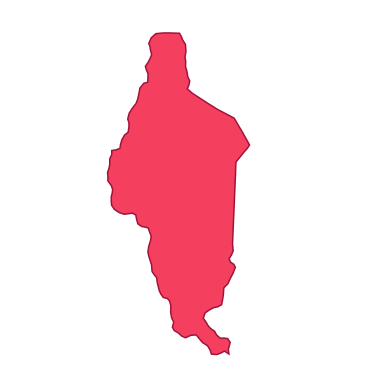 outline of Varzedo, Bahia, Brazil, rotated 26°
{"feature_id": "56859067B79843241756846", "entity_name": "Varzedo", "entity_type": "district", "adm_level": 2, "iso_a3": "BRA", "parent_name": "Brazil", "parent_adm1": "Bahia", "projection": "natural_earth1", "projection_center": [-39.391, -12.955], "detail": "fine", "context": "isolated", "style": "filled", "palette": "rose", "viewbox_px": 384, "rotation_deg": 26, "n_neighbors": 0, "source": "geoboundaries", "source_scale": "gbopen_adm2", "svg_char_len": 1957}
<svg xmlns="http://www.w3.org/2000/svg" viewBox="0 0 384 384"><g transform="rotate(26 192 192)"><path d="M90.1,65.5L87.8,71.3L88.0,77.4L90.8,80.1L92.8,83.1L95.5,86.2L95.8,90.1L95.7,94.8L95.0,99.4L97.5,102.3L100.7,105.0L102.5,109.1L104.1,112.7L101.0,115.4L99.6,121.5L101.2,127.0L102.5,132.3L102.9,137.1L101.7,142.6L101.0,148.6L102.2,154.5L105.0,157.5L106.7,160.9L108.4,166.4L106.4,170.3L106.1,175.8L106.9,180.5L108.1,184.4L105.4,187.3L101.7,189.9L103.5,193.6L103.5,198.3L105.9,203.0L107.1,207.5L107.5,211.4L109.4,214.6L111.6,218.9L116.9,221.8L119.6,224.6L120.8,228.1L121.5,231.7L123.7,236.1L125.5,239.1L129.9,241.7L135.6,242.4L140.9,241.7L144.3,239.4L148.0,237.1L151.5,237.3L154.0,240.6L157.2,244.3L161.8,245.1L165.4,244.0L168.6,243.6L171.0,246.2L174.6,249.4L176.0,253.8L177.0,260.2L178.7,265.3L181.0,268.3L183.9,271.4L187.6,275.3L191.0,281.0L194.8,283.2L197.8,284.5L200.5,288.7L203.4,292.1L205.9,295.1L208.9,297.5L212.5,299.4L216.6,298.5L219.6,299.8L222.9,303.6L225.5,309.4L228.9,314.1L232.6,316.9L233.6,322.1L236.8,324.3L241.7,324.7L245.8,326.0L250.0,325.9L253.9,321.2L258.5,318.6L263.2,320.8L267.5,322.7L273.4,323.4L277.5,326.1L280.6,329.2L285.6,327.2L288.5,324.1L290.9,320.8L296.2,321.4L293.7,317.6L293.0,314.1L292.2,310.4L288.3,308.1L284.5,309.4L281.6,311.0L276.9,309.8L273.2,307.2L268.8,306.6L265.4,305.3L261.8,302.9L257.5,300.5L256.8,294.9L259.3,290.4L262.7,285.9L265.3,284.1L268.0,280.4L266.7,275.3L265.0,270.0L262.6,264.2L264.5,258.7L264.3,253.4L264.5,247.5L264.0,240.6L261.3,238.7L257.3,238.1L254.5,235.6L255.1,231.7L254.8,226.8L251.1,220.7L247.3,212.0L222.8,155.8L220.4,150.5L218.4,145.8L221.2,133.5L222.6,128.7L223.1,124.5L210.6,115.8L197.6,107.2L193.8,107.0L179.0,106.6L168.4,105.5L152.2,103.5L149.0,103.1L142.5,101.3L142.4,97.6L141.3,93.2L137.5,90.1L134.6,85.8L131.2,82.1L129.2,77.6L126.5,73.7L125.0,68.4L121.4,62.2L116.9,59.4L114.6,57.2L111.2,54.8L101.8,59.0L96.0,61.9L90.1,65.5Z" fill="#f43f5e" stroke="#9f1239" stroke-width="1.5"/></g></svg>